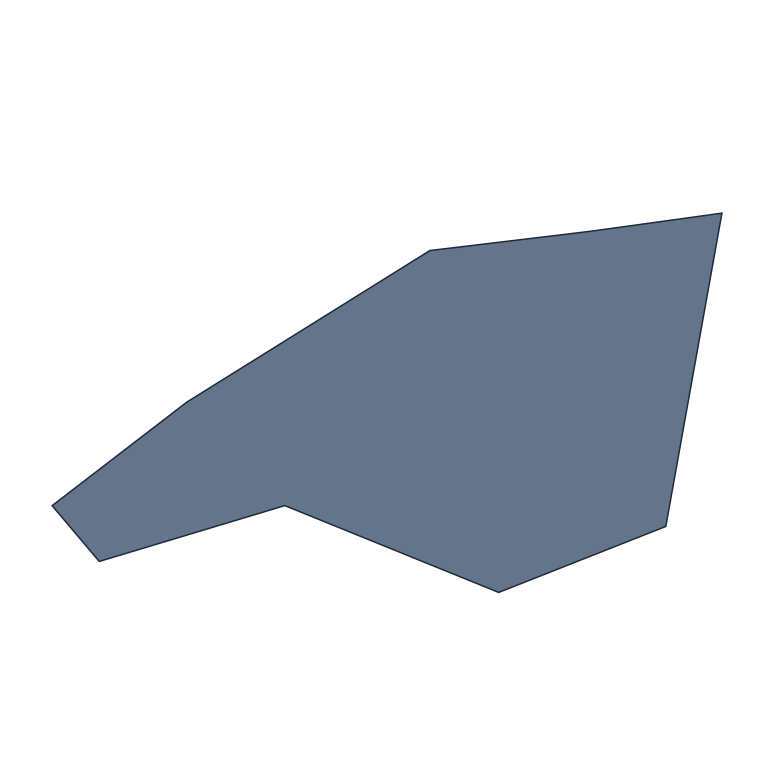 the state/province of Kwun Tong, rotated 97°
{"feature_id": "HKG-5161", "entity_name": "Kwun Tong", "entity_type": "state/province", "adm_level": 1, "iso_a3": "HKG", "parent_name": "Hong Kong S.A.R.", "parent_adm1": "", "projection": "mercator", "projection_center": [114.229, 22.308], "detail": "fine", "context": "isolated", "style": "filled", "palette": "slate", "viewbox_px": 768, "rotation_deg": 97, "n_neighbors": 0, "source": "natural_earth", "source_scale": "10m", "svg_char_len": 288}
<svg xmlns="http://www.w3.org/2000/svg" viewBox="0 0 768 768"><g transform="rotate(97 384 384)"><path d="M594.8,645.0L545.2,698.6L426.0,577.5L245.9,354.7L207.4,198.3L173.2,69.4L491.0,86.9L576.9,244.8L516.8,467.7L594.8,645.0Z" fill="#64748b" stroke="#1e293b" stroke-width="1.5"/></g></svg>